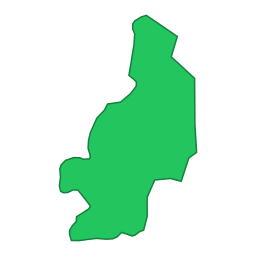 the district of Nairi, Kotayk, Armenia
{"feature_id": "60910142B16910002404560", "entity_name": "Nairi", "entity_type": "district", "adm_level": 2, "iso_a3": "ARM", "parent_name": "Armenia", "parent_adm1": "Kotayk", "projection": "robinson", "projection_center": [44.476, 40.372], "detail": "fine", "context": "isolated", "style": "filled", "palette": "green", "viewbox_px": 256, "rotation_deg": 0, "n_neighbors": 0, "source": "geoboundaries", "source_scale": "gbopen_adm2", "svg_char_len": 910}
<svg xmlns="http://www.w3.org/2000/svg" viewBox="0 0 256 256"><path d="M146.4,15.4L141.1,17.0L134.9,20.8L132.7,24.0L132.7,29.1L134.7,33.8L134.0,44.6L130.8,64.2L128.9,75.4L133.5,79.0L136.4,82.1L136.2,86.2L130.7,93.5L120.6,102.1L107.6,104.0L104.3,110.3L99.7,115.1L96.8,118.2L90.4,132.6L88.5,140.5L88.1,148.4L90.3,155.8L89.6,158.9L83.1,159.2L80.0,157.8L73.7,157.6L65.5,160.4L61.2,164.9L59.8,168.9L60.5,177.2L59.4,185.9L60.6,191.3L63.3,192.7L67.4,192.6L73.2,189.9L78.0,190.1L85.3,199.3L89.7,205.1L90.2,206.9L88.5,209.1L76.5,216.8L76.3,221.3L72.2,225.9L69.6,230.4L69.6,234.6L71.4,240.5L79.3,240.6L88.0,239.4L96.4,238.4L106.5,239.2L112.6,238.8L117.1,236.9L121.7,232.4L132.3,236.0L135.2,235.0L140.0,231.4L143.6,230.3L147.2,216.3L147.1,197.4L154.7,180.0L170.3,178.5L181.2,181.3L188.8,158.1L196.6,152.3L194.9,124.8L194.6,78.4L171.2,56.8L177.3,36.5L146.4,15.4Z" fill="#22c55e" stroke="#15803d" stroke-width="1.5"/></svg>